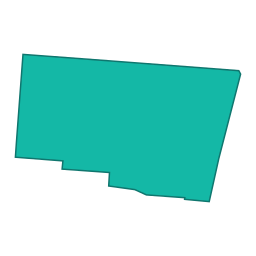 outline of Clark, Ohio, United States of America
{"feature_id": "52423323B77322804510799", "entity_name": "Clark", "entity_type": "district", "adm_level": 2, "iso_a3": "USA", "parent_name": "United States of America", "parent_adm1": "Ohio", "projection": "orthographic", "projection_center": [-83.771, 39.904], "detail": "fine", "context": "isolated", "style": "filled", "palette": "teal", "viewbox_px": 256, "rotation_deg": 0, "n_neighbors": 0, "source": "geoboundaries", "source_scale": "gbopen_adm2", "svg_char_len": 327}
<svg xmlns="http://www.w3.org/2000/svg" viewBox="0 0 256 256"><path d="M184.6,199.3L209.2,201.6L218.8,158.5L240.6,74.1L238.8,70.7L118.0,61.5L23.0,54.4L16.5,141.3L15.4,157.2L62.9,160.9L62.1,169.1L109.5,172.5L108.7,186.0L134.8,189.6L146.4,194.9L184.8,197.7L184.6,199.3Z" fill="#14b8a6" stroke="#0f766e" stroke-width="1.5"/></svg>